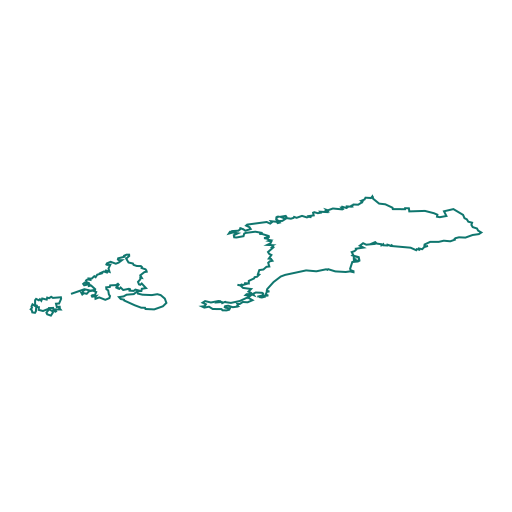 Ørland nor, Sør-Trøndelag, Norway
{"feature_id": "86288312B48706769721538", "entity_name": "Ørland nor", "entity_type": "district", "adm_level": 2, "iso_a3": "NOR", "parent_name": "Norway", "parent_adm1": "Sør-Trøndelag", "projection": "equal_earth", "projection_center": [9.588, 63.69], "detail": "fine", "context": "isolated", "style": "outline", "palette": "teal", "viewbox_px": 512, "rotation_deg": 0, "n_neighbors": 0, "source": "geoboundaries", "source_scale": "gbopen_adm2", "svg_char_len": 6036}
<svg xmlns="http://www.w3.org/2000/svg" viewBox="0 0 512 512"><path d="M481.3,232.5L478.1,230.6L477.0,228.5L472.7,227.1L471.4,224.9L472.1,222.7L468.3,221.7L466.8,219.3L464.5,218.2L463.1,214.9L453.4,209.1L444.0,211.3L446.4,216.0L439.8,217.2L437.0,216.7L437.4,214.7L433.9,213.2L424.9,210.9L409.3,211.4L408.9,208.3L405.1,208.2L405.0,209.2L392.8,209.1L392.5,207.7L385.3,204.3L379.1,203.6L373.1,198.7L372.9,197.4L372.1,197.6L372.5,197.0L372.3,196.4L371.1,198.0L365.5,197.7L364.5,199.5L362.0,200.5L362.9,200.7L362.4,201.8L361.0,200.4L361.7,202.5L358.2,204.7L352.7,204.5L353.7,204.7L351.6,205.6L352.2,206.6L351.5,206.7L345.7,206.3L348.3,206.7L346.5,208.0L341.3,206.5L343.5,207.5L341.5,207.6L342.9,209.1L342.3,209.4L332.9,208.5L327.9,210.3L326.3,209.8L327.3,210.9L324.7,210.3L328.6,212.2L320.0,211.7L320.6,212.7L317.8,213.2L314.3,212.2L313.1,212.7L313.7,215.4L309.3,216.0L311.4,217.3L308.9,216.7L306.9,217.4L302.0,215.9L296.6,217.8L294.1,216.9L293.5,217.9L290.9,218.7L285.8,218.0L286.4,216.9L285.7,215.9L280.4,216.8L285.6,218.8L282.3,220.9L278.8,221.1L276.5,219.6L276.7,217.2L279.3,216.6L277.3,216.7L276.4,217.3L276.2,219.5L279.6,222.6L277.7,223.1L276.7,221.8L270.9,221.2L271.8,222.3L270.2,223.6L266.7,222.0L247.2,224.6L246.1,225.6L249.5,227.2L250.7,229.0L245.3,230.7L243.1,229.1L242.5,229.1L241.5,228.5L239.4,227.9L241.1,228.5L238.4,230.7L233.5,231.0L235.2,232.2L230.0,231.8L228.8,233.6L232.8,232.5L237.9,233.3L233.8,235.2L234.2,237.3L236.4,237.5L243.5,236.2L244.2,233.6L245.8,232.9L255.3,231.7L262.5,233.0L259.3,234.0L261.8,233.9L268.7,236.0L268.9,236.9L264.1,238.1L268.0,238.9L268.6,239.9L270.3,240.2L268.7,240.9L271.4,241.4L270.4,243.4L267.3,244.9L272.8,245.2L272.0,245.6L273.0,246.6L272.0,247.4L273.0,247.7L268.0,252.0L269.1,253.8L271.4,255.0L268.8,258.6L271.0,258.9L272.4,260.8L269.8,261.3L268.2,262.8L269.3,266.5L266.5,266.8L263.4,269.5L259.3,270.1L257.9,274.2L259.2,274.6L257.1,276.7L254.6,277.2L254.1,278.4L248.8,280.9L248.8,283.5L244.2,283.1L246.3,284.0L242.9,285.0L241.5,284.5L240.9,284.9L242.2,285.2L241.4,285.5L237.4,284.8L241.8,285.8L241.4,286.4L243.0,287.9L251.1,289.0L248.5,291.6L251.0,292.9L250.6,294.0L246.6,294.2L245.6,295.1L249.5,295.7L249.2,296.7L252.0,294.5L254.0,295.3L253.0,293.8L255.8,292.5L262.0,292.8L263.1,293.5L262.6,295.4L257.3,296.7L260.3,296.1L260.1,297.2L261.8,297.5L264.5,296.8L263.8,295.7L268.3,295.6L265.7,294.5L266.9,291.7L269.4,291.5L266.8,290.7L267.2,289.1L273.6,282.0L280.8,276.5L285.1,274.9L306.1,270.4L316.4,271.3L326.1,269.3L328.2,270.1L327.4,269.5L328.2,269.2L335.3,271.4L345.7,272.0L350.0,271.4L353.5,272.2L353.5,271.2L350.7,270.2L350.1,268.8L352.3,262.0L357.9,261.5L360.1,260.3L353.7,261.4L354.0,259.7L356.5,259.6L353.8,258.8L353.8,256.2L358.4,257.2L358.9,259.3L359.2,259.3L358.7,257.1L352.4,255.4L353.1,254.7L351.7,252.1L354.5,251.1L356.2,249.6L355.9,248.7L363.5,247.6L359.8,245.7L362.9,243.4L362.4,242.9L366.3,244.7L375.0,243.9L375.5,243.4L373.1,243.0L375.2,242.1L376.8,243.6L381.2,244.2L381.4,245.3L383.2,244.2L383.4,245.3L387.4,245.5L387.5,244.7L390.9,245.8L392.3,244.6L391.3,246.0L410.6,247.7L416.2,250.2L416.9,249.1L419.1,249.7L419.0,248.5L422.2,249.2L424.2,247.1L428.0,245.9L426.0,246.4L424.4,245.7L424.6,244.5L430.1,241.9L438.6,241.9L443.8,240.7L450.3,241.3L454.8,239.7L454.5,239.1L455.4,238.2L459.0,237.3L465.4,237.6L472.6,235.0L478.9,234.1L481.3,232.5ZM126.2,258.6L129.2,256.0L129.1,254.7L126.5,254.7L124.2,255.7L124.6,256.7L118.2,258.3L117.9,259.5L118.9,260.2L121.9,260.2L118.7,262.6L115.8,263.7L110.6,261.8L106.9,263.4L106.4,264.5L107.2,264.9L110.3,264.7L108.5,268.5L109.5,271.8L105.2,270.2L107.8,272.8L103.9,271.5L100.6,273.0L101.3,273.5L97.2,274.7L95.6,277.2L94.3,276.2L91.6,278.7L89.1,278.5L89.9,279.8L87.5,279.4L86.0,280.5L86.8,282.4L89.5,283.2L87.2,283.7L84.7,282.6L83.2,283.9L84.2,285.3L89.4,284.2L90.2,285.2L89.0,285.2L88.9,286.0L91.1,285.5L95.2,289.2L95.0,289.9L90.4,290.6L84.4,289.2L71.0,293.9L83.6,289.6L85.2,290.2L83.2,290.3L82.7,292.3L83.6,293.2L81.4,292.9L82.3,294.5L83.9,293.2L86.7,293.8L89.0,291.3L92.9,290.6L96.2,292.0L94.9,295.1L92.3,295.2L91.7,295.8L92.2,296.7L96.2,296.0L95.3,297.0L95.5,298.8L99.2,297.4L105.3,299.8L109.4,298.1L110.0,296.0L108.9,294.5L108.2,290.4L106.4,289.2L106.2,287.3L109.8,287.0L110.2,285.4L116.0,285.1L117.9,283.8L118.7,284.7L117.2,286.2L117.9,287.6L115.5,287.2L118.1,288.5L119.3,288.9L120.6,287.5L123.2,290.0L128.9,288.8L130.0,289.2L130.0,290.2L128.6,290.6L133.7,290.9L135.4,289.6L138.4,290.4L133.8,294.1L126.6,294.7L123.6,296.4L119.0,297.1L120.7,299.0L124.0,299.7L124.2,300.5L134.8,305.3L141.2,307.7L145.0,307.8L145.5,309.0L154.2,309.4L162.9,306.3L166.4,302.9L164.8,298.6L160.7,295.1L157.3,294.2L151.8,295.1L142.5,294.7L137.9,293.6L137.4,292.3L138.1,291.2L141.4,291.0L141.8,288.8L146.0,288.1L141.7,283.5L140.3,284.8L139.0,284.4L138.0,281.9L140.3,279.3L140.3,277.6L141.8,277.9L140.3,275.3L144.4,272.1L146.7,271.7L146.3,270.4L145.5,269.3L141.6,268.0L141.9,267.0L140.9,266.1L136.8,266.0L133.6,264.9L132.9,263.5L128.5,262.5L126.2,258.6ZM52.9,297.9L51.2,296.8L49.1,298.2L47.2,297.6L46.7,299.6L42.2,298.5L41.3,300.8L39.9,299.2L38.8,300.3L36.1,298.9L35.1,300.2L35.1,305.1L37.6,305.9L35.0,306.0L32.5,304.3L31.5,306.5L32.0,307.7L30.7,309.3L31.8,310.2L32.3,312.4L35.0,312.8L35.9,311.3L36.2,307.1L38.9,307.2L38.7,309.9L43.0,311.0L48.0,309.0L48.6,309.9L46.4,312.7L47.2,314.3L50.9,315.6L52.9,312.5L52.5,311.2L49.1,309.3L49.0,308.1L53.1,307.9L53.4,309.9L55.3,311.7L56.0,311.3L54.6,309.4L60.5,309.5L58.9,307.5L60.5,306.6L56.8,307.0L56.0,303.7L59.1,303.5L61.1,298.8L60.7,297.5L61.8,297.2L52.9,297.9ZM249.0,296.8L239.8,301.0L230.9,302.9L224.9,302.1L226.2,301.8L224.7,302.0L222.2,303.1L221.8,302.0L216.9,302.4L218.0,301.3L221.1,301.3L218.5,301.0L210.9,302.5L205.1,301.1L202.6,302.7L205.9,304.3L204.6,306.2L202.0,306.5L204.3,307.6L209.0,306.7L212.7,309.0L221.5,309.1L222.5,310.3L226.5,310.4L229.2,309.7L229.9,308.4L225.5,307.7L224.7,307.1L225.1,306.2L228.1,305.7L232.8,307.2L237.5,306.6L238.0,306.4L237.1,305.9L238.0,304.8L237.4,303.9L239.7,304.0L242.8,302.0L247.6,302.3L252.5,300.2L248.5,297.9L249.0,296.8Z" fill="none" stroke="#0f766e" stroke-width="2"/></svg>